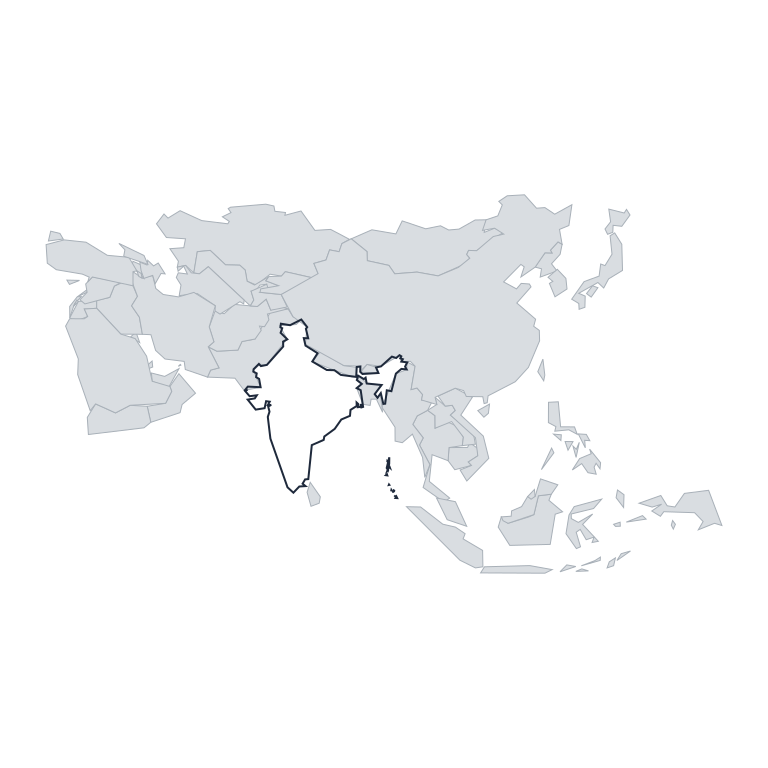 where India sits in Asia
{"feature_id": "IND", "entity_name": "India", "entity_type": "country or territory", "adm_level": 0, "iso_a3": "IND", "parent_name": "Asia", "parent_adm1": "", "projection": "albers", "projection_center": [83.514, 21.122], "detail": "medium", "context": "in_parent", "style": "outline", "palette": "slate", "viewbox_px": 768, "rotation_deg": 0, "n_neighbors": 45, "source": "natural_earth", "source_scale": "50m", "svg_char_len": 14266}
<svg xmlns="http://www.w3.org/2000/svg" viewBox="0 0 768 768"><path d="M349.4,239.3L341.9,243.6L339.1,251.7L329.6,249.9L326.0,260.0L313.9,263.4L318.1,273.6L315.0,278.4L285.3,271.7L281.4,276.1L270.1,274.2L256.4,285.1L247.1,281.2L245.2,270.1L239.8,265.2L225.5,264.8L210.2,250.4L197.3,251.7L193.8,273.0L185.6,265.4L177.3,267.1L178.4,261.2L169.9,248.7L183.8,247.7L185.5,238.8L166.4,237.5L156.5,223.8L164.0,214.0L168.0,218.1L180.1,210.7L201.7,220.6L227.8,223.8L229.3,221.4L222.4,216.8L231.0,212.6L228.2,208.6L230.6,207.2L265.8,204.2L273.9,206.0L274.9,211.3L285.5,212.5L284.9,215.3L301.0,211.0L314.9,230.4L330.6,229.4L349.4,239.3Z" fill="#d9dde1" stroke="#a8b0b8" stroke-width="1"/><path d="M193.8,273.0L197.3,251.7L210.2,250.4L225.5,264.8L239.8,265.2L245.2,270.1L247.1,281.2L254.5,285.0L268.8,276.6L265.8,280.8L278.6,285.7L271.9,289.5L266.0,288.6L266.7,284.2L259.9,285.1L255.3,291.8L251.1,291.2L253.8,300.1L250.3,305.9L208.3,266.7L199.4,273.8L193.8,273.0Z" fill="#d9dde1" stroke="#a8b0b8" stroke-width="1"/><path d="M708.6,490.3L721.9,525.5L714.5,523.3L698.3,529.8L703.1,521.5L694.6,512.7L663.8,511.7L660.4,516.3L651.8,511.0L661.6,504.2L652.2,507.1L639.1,503.2L660.8,495.5L667.2,505.8L674.9,507.0L684.4,493.4L708.6,490.3ZM615.4,557.9L613.6,565.7L607.1,567.9L609.3,561.8L615.4,557.9ZM673.3,529.1L671.3,525.2L672.6,520.5L675.4,524.3L673.3,529.1ZM551.3,494.2L548.9,500.3L562.6,511.8L555.2,514.2L550.2,544.4L509.8,545.4L498.2,527.1L501.3,516.9L508.0,523.3L528.9,516.9L533.9,514.6L538.4,495.8L551.3,494.2ZM626.3,522.1L642.5,515.6L646.1,519.1L626.3,522.1ZM620.3,526.2L615.5,526.4L613.6,524.3L620.1,522.2L620.3,526.2ZM617.5,490.0L624.0,494.7L623.6,507.5L616.1,497.7L617.5,490.0ZM574.2,506.6L601.7,499.1L593.6,508.5L571.2,514.0L571.3,518.6L578.3,522.4L592.7,514.0L582.6,524.4L598.3,541.3L592.1,542.5L594.1,537.1L586.2,539.7L580.2,529.4L576.2,532.2L580.5,546.8L576.4,548.6L566.0,533.7L569.0,515.0L574.2,506.6ZM588.5,570.9L575.8,571.4L581.8,568.9L588.5,570.9ZM581.3,565.8L594.9,560.6L600.4,557.1L600.2,560.4L581.3,565.8ZM566.8,564.9L575.8,566.5L560.0,571.8L566.8,564.9ZM484.5,566.8L529.8,565.6L552.2,569.6L544.9,573.2L480.6,572.9L484.5,566.8ZM463.1,538.9L482.6,550.4L482.9,566.8L475.4,567.9L459.9,560.2L406.5,506.7L420.6,507.0L442.8,524.2L455.4,527.1L465.1,533.7L463.1,538.9Z" fill="#d9dde1" stroke="#a8b0b8" stroke-width="1"/><path d="M616.9,560.5L621.2,553.7L630.5,551.0L616.9,560.5Z" fill="#d9dde1" stroke="#a8b0b8" stroke-width="1"/><path d="M81.4,296.6L74.5,303.7L69.8,317.8L69.7,306.4L77.4,296.6L81.4,296.6Z" fill="#d9dde1" stroke="#a8b0b8" stroke-width="1"/><path d="M87.1,292.3L77.6,296.6L87.0,289.7L87.1,292.3Z" fill="#d9dde1" stroke="#a8b0b8" stroke-width="1"/><path d="M78.4,301.4L73.3,306.7L76.8,300.0L78.4,301.4Z" fill="#d9dde1" stroke="#a8b0b8" stroke-width="1"/><path d="M78.4,301.4L96.7,300.4L96.7,308.3L84.3,309.0L87.7,316.5L75.3,321.5L69.8,317.8L78.4,301.4Z" fill="#d9dde1" stroke="#a8b0b8" stroke-width="1"/><path d="M151.4,373.0L164.7,376.4L179.0,368.6L168.5,387.6L152.2,381.3L151.4,373.0Z" fill="#d9dde1" stroke="#a8b0b8" stroke-width="1"/><path d="M147.7,369.0L148.3,364.4L152.1,361.0L152.7,367.0L147.7,369.0Z" fill="#d9dde1" stroke="#a8b0b8" stroke-width="1"/><path d="M135.9,331.9L139.7,342.6L130.6,337.0L135.9,331.9Z" fill="#d9dde1" stroke="#a8b0b8" stroke-width="1"/><path d="M96.7,308.3L96.7,300.4L109.8,297.3L114.3,286.1L123.4,282.0L133.0,285.8L137.5,296.3L131.6,305.8L139.4,317.2L142.4,334.3L120.8,334.1L96.7,308.3Z" fill="#d9dde1" stroke="#a8b0b8" stroke-width="1"/><path d="M169.9,386.5L178.9,373.7L195.5,393.2L182.1,404.5L180.1,412.6L150.8,422.3L147.2,406.3L165.6,403.3L171.7,391.4L169.9,386.5ZM180.9,365.1L178.3,366.3L180.3,364.4L180.9,365.1Z" fill="#d9dde1" stroke="#a8b0b8" stroke-width="1"/><path d="M448.1,460.7L449.0,447.6L467.6,447.4L469.7,442.7L477.4,448.2L477.8,455.8L468.3,462.0L471.5,465.4L454.8,469.7L448.1,460.7Z" fill="#d9dde1" stroke="#a8b0b8" stroke-width="1"/><path d="M462.3,445.6L449.0,447.6L448.1,460.7L432.1,454.7L429.3,481.4L449.7,498.1L443.8,502.0L423.1,487.5L429.9,464.6L419.5,445.0L423.2,437.9L412.8,424.4L417.2,415.9L427.6,410.3L435.0,415.7L435.1,428.2L447.1,421.7L456.7,426.1L463.4,437.1L462.3,445.6Z" fill="#d9dde1" stroke="#a8b0b8" stroke-width="1"/><path d="M475.4,444.2L462.3,445.6L463.4,437.1L451.6,421.6L435.1,428.2L435.0,415.7L427.6,410.3L436.8,404.5L435.1,397.3L445.2,406.1L452.3,405.3L455.3,410.5L450.4,415.1L473.4,433.5L475.4,444.2Z" fill="#d9dde1" stroke="#a8b0b8" stroke-width="1"/><path d="M427.6,410.3L417.2,415.9L412.8,424.4L423.2,437.9L419.5,445.0L429.9,464.6L424.8,477.4L422.6,457.5L412.4,434.1L402.3,442.7L395.1,441.1L395.0,427.2L381.9,407.2L395.9,373.7L406.7,369.6L407.2,362.1L415.1,366.2L411.1,389.6L417.0,388.0L422.6,394.6L421.5,400.0L432.6,400.6L427.6,410.3Z" fill="#d9dde1" stroke="#a8b0b8" stroke-width="1"/><path d="M460.1,470.0L471.5,465.4L468.3,462.0L477.8,455.8L475.5,437.8L450.4,415.1L455.3,410.5L452.3,405.3L445.2,406.1L438.0,396.1L455.2,388.2L472.3,397.3L460.8,415.1L483.3,436.1L488.8,458.3L466.8,481.0L460.1,470.0Z" fill="#d9dde1" stroke="#a8b0b8" stroke-width="1"/><path d="M562.1,244.3L560.1,254.3L551.5,263.8L557.0,270.9L540.2,277.1L541.5,268.8L535.2,267.1L538.2,262.3L545.0,252.8L552.0,253.0L550.4,250.2L558.0,241.9L562.1,244.3Z" fill="#d9dde1" stroke="#a8b0b8" stroke-width="1"/><path d="M548.0,277.3L557.3,269.3L565.9,278.4L567.0,289.0L555.0,296.8L549.4,283.4L552.8,281.4L548.0,277.3Z" fill="#d9dde1" stroke="#a8b0b8" stroke-width="1"/><path d="M351.2,238.8L371.9,229.8L395.9,233.9L402.2,220.9L425.7,228.8L440.5,225.8L448.7,230.0L459.0,229.1L475.1,220.0L486.1,219.8L484.2,232.4L494.6,228.2L503.9,232.0L476.6,250.7L468.6,250.4L466.7,254.5L469.8,258.2L463.8,264.4L438.1,275.9L417.0,272.1L394.7,273.8L388.9,265.4L367.3,260.7L367.0,251.6L351.2,238.8Z" fill="#d9dde1" stroke="#a8b0b8" stroke-width="1"/><path d="M380.3,393.5L382.6,412.3L376.4,399.2L371.1,399.2L370.1,405.4L362.9,404.3L357.0,388.9L361.7,384.0L357.5,380.8L359.3,376.4L367.2,383.6L381.1,384.8L374.7,394.6L378.0,397.7L380.3,393.5Z" fill="#d9dde1" stroke="#a8b0b8" stroke-width="1"/><path d="M376.4,367.3L378.6,373.1L360.7,372.2L367.0,364.4L376.4,367.3Z" fill="#d9dde1" stroke="#a8b0b8" stroke-width="1"/><path d="M356.6,367.4L356.5,376.7L351.9,376.9L312.4,361.8L320.4,351.6L343.9,365.6L356.6,367.4Z" fill="#d9dde1" stroke="#a8b0b8" stroke-width="1"/><path d="M301.5,319.5L296.2,324.5L279.7,325.7L287.0,338.9L266.4,365.2L260.1,364.2L253.4,370.3L260.6,387.4L244.0,390.3L235.0,378.2L207.5,377.1L210.6,370.1L219.0,367.9L208.2,346.8L216.9,351.2L237.9,350.1L242.0,341.5L255.1,339.0L270.7,311.6L288.0,308.8L293.0,316.7L301.5,319.5Z" fill="#d9dde1" stroke="#a8b0b8" stroke-width="1"/><path d="M234.4,304.4L257.3,306.5L266.2,299.1L270.8,310.2L278.4,306.0L288.0,308.8L267.4,314.0L268.9,319.8L264.5,326.7L259.5,326.1L261.2,330.4L255.1,339.0L242.0,341.5L237.9,350.1L216.9,351.2L208.2,346.8L213.9,341.8L209.2,326.9L215.1,311.0L224.1,313.7L234.4,304.4Z" fill="#d9dde1" stroke="#a8b0b8" stroke-width="1"/><path d="M250.3,305.9L253.8,300.1L251.1,291.2L266.7,284.2L268.1,288.6L260.0,292.3L281.2,294.5L287.2,307.0L270.8,310.2L266.2,299.1L257.3,306.5L250.3,305.9Z" fill="#d9dde1" stroke="#a8b0b8" stroke-width="1"/><path d="M268.8,276.6L281.4,276.1L285.3,271.7L315.0,278.4L281.2,294.5L260.0,292.3L260.7,288.9L278.6,285.7L265.8,280.8L268.8,276.6Z" fill="#d9dde1" stroke="#a8b0b8" stroke-width="1"/><path d="M177.3,267.1L185.6,265.4L191.3,272.8L199.4,273.8L208.3,266.7L244.2,300.2L243.7,303.9L239.9,301.7L220.0,314.1L215.1,311.0L215.3,305.8L197.4,293.6L179.2,295.6L181.0,285.0L176.3,277.5L178.3,272.8L187.4,274.0L183.7,266.2L178.1,271.2L177.3,267.1Z" fill="#d9dde1" stroke="#a8b0b8" stroke-width="1"/><path d="M142.4,334.3L139.4,317.2L131.6,305.8L137.5,296.3L131.5,280.4L133.0,271.7L142.1,278.1L152.7,275.4L155.8,288.5L163.2,294.5L178.5,296.9L193.9,292.4L215.3,305.8L209.2,326.9L213.9,341.8L208.2,346.8L219.0,367.9L210.6,370.1L207.5,377.1L185.3,369.5L184.2,361.4L165.0,359.0L155.6,350.4L150.9,334.7L142.4,334.3Z" fill="#d9dde1" stroke="#a8b0b8" stroke-width="1"/><path d="M79.9,299.8L87.1,292.3L85.7,284.0L92.4,277.0L121.0,282.4L114.3,286.1L109.8,297.3L84.9,303.9L79.9,299.8Z" fill="#d9dde1" stroke="#a8b0b8" stroke-width="1"/><path d="M143.9,278.4L132.0,266.3L132.9,261.3L142.1,265.3L143.9,278.4Z" fill="#d9dde1" stroke="#a8b0b8" stroke-width="1"/><path d="M133.0,285.8L92.4,277.0L87.7,282.0L89.2,277.1L82.3,274.1L56.3,269.7L47.3,263.2L46.1,244.6L64.2,239.9L86.0,242.2L107.3,255.3L128.9,257.3L136.8,270.8L133.0,271.7L133.0,285.8ZM50.7,231.2L59.9,233.4L63.2,239.0L48.4,241.0L50.7,231.2Z" fill="#d9dde1" stroke="#a8b0b8" stroke-width="1"/><path d="M320.3,496.8L319.2,503.2L311.0,506.3L307.1,492.3L310.2,482.3L320.3,496.8Z" fill="#d9dde1" stroke="#a8b0b8" stroke-width="1"/><path d="M483.9,417.2L477.8,410.6L489.5,404.1L488.4,413.3L483.9,417.2ZM281.2,294.5L318.1,273.6L313.9,263.4L326.0,260.0L329.6,249.9L339.1,251.7L341.9,243.6L351.2,238.8L367.0,251.6L367.3,260.7L388.9,265.4L394.7,273.8L417.0,272.1L438.1,275.9L458.4,267.4L469.8,258.2L466.7,254.5L468.6,250.4L476.6,250.7L493.3,236.5L503.8,234.1L494.6,228.2L482.5,230.4L486.1,219.8L497.8,215.9L502.3,204.9L498.8,201.4L507.2,195.8L524.5,194.8L536.5,208.2L544.9,207.6L554.7,214.2L571.9,204.7L568.9,225.5L559.5,229.4L562.1,244.3L558.0,241.9L550.4,250.2L552.0,253.0L545.0,252.8L535.2,267.1L520.9,277.0L524.2,266.8L520.9,264.4L503.6,281.9L516.5,288.9L521.2,283.4L529.4,284.0L531.0,286.9L516.8,303.0L535.6,319.2L533.7,326.3L539.3,330.4L539.6,340.8L528.4,367.4L515.3,381.7L488.1,395.8L487.2,402.7L484.1,403.6L482.8,396.7L466.3,396.5L463.6,390.6L455.2,388.2L435.1,397.3L436.8,404.5L421.5,400.0L422.6,394.6L417.0,388.0L411.1,389.6L415.1,366.2L410.3,361.3L401.2,361.6L399.9,355.1L380.8,366.3L367.0,364.4L360.6,371.0L359.9,366.0L343.9,365.6L305.5,344.4L306.9,326.9L293.0,316.7L281.2,294.5Z" fill="#d9dde1" stroke="#a8b0b8" stroke-width="1"/><path d="M542.9,359.1L544.8,375.1L543.7,380.8L537.8,371.7L542.9,359.1Z" fill="#d9dde1" stroke="#a8b0b8" stroke-width="1"/><path d="M147.7,260.3L153.6,265.9L158.2,263.0L165.1,273.9L161.0,273.5L155.2,283.7L152.7,275.4L143.9,278.4L141.1,270.7L139.8,262.1L147.0,265.0L147.7,260.3ZM142.1,278.1L138.9,276.5L136.8,270.8L141.1,273.4L142.1,278.1Z" fill="#d9dde1" stroke="#a8b0b8" stroke-width="1"/><path d="M118.9,243.4L144.0,255.5L147.9,264.4L123.7,256.2L124.9,249.8L118.9,243.4Z" fill="#d9dde1" stroke="#a8b0b8" stroke-width="1"/><path d="M560.9,440.5L553.5,434.1L561.3,434.8L560.9,440.5ZM576.1,457.4L573.0,446.1L576.3,449.3L579.3,442.3L576.1,457.4ZM589.6,449.1L600.6,462.7L600.0,468.8L596.1,463.3L594.1,467.1L596.2,474.2L588.0,472.7L581.7,463.6L572.3,470.0L579.6,458.6L591.2,453.7L589.6,449.1ZM553.9,452.8L541.4,469.6L551.6,448.1L553.9,452.8ZM558.3,401.8L560.6,426.8L574.5,426.9L577.2,434.3L568.8,429.8L554.8,431.2L555.9,426.6L548.4,422.6L548.5,402.3L558.3,401.8ZM568.0,450.2L565.1,441.5L573.0,441.6L568.0,450.2ZM586.3,434.4L589.8,440.7L584.7,440.3L585.3,447.8L578.3,433.9L586.3,434.4Z" fill="#d9dde1" stroke="#a8b0b8" stroke-width="1"/><path d="M436.5,498.0L455.4,501.7L466.7,526.3L447.2,519.7L436.5,498.0ZM551.3,494.2L538.4,495.8L533.9,514.6L508.0,523.3L503.0,520.7L501.3,516.9L511.2,516.2L511.6,510.9L521.6,506.6L527.6,496.6L535.1,496.4L540.5,478.9L557.8,484.8L551.3,494.2Z" fill="#d9dde1" stroke="#a8b0b8" stroke-width="1"/><path d="M534.4,489.5L535.1,496.4L531.1,499.2L527.6,496.6L534.4,489.5Z" fill="#d9dde1" stroke="#a8b0b8" stroke-width="1"/><path d="M621.8,244.3L622.5,270.4L608.6,278.9L603.7,288.0L597.9,282.5L578.7,293.3L585.2,296.1L584.9,307.3L579.1,309.3L578.8,303.5L571.7,299.2L584.1,281.6L599.1,276.1L600.7,264.0L605.0,265.6L612.0,254.2L610.1,235.8L614.7,232.9L621.8,244.3ZM624.2,213.0L626.5,209.4L630.0,215.0L621.8,226.3L613.1,225.3L612.8,232.3L607.6,234.3L605.0,229.0L610.6,221.8L608.8,209.1L624.2,213.0ZM586.5,293.6L592.5,285.8L597.9,287.7L591.2,297.1L586.5,293.6Z" fill="#d9dde1" stroke="#a8b0b8" stroke-width="1"/><path d="M147.2,406.3L150.8,422.3L144.0,427.8L88.4,434.5L87.3,417.4L95.6,403.9L115.5,412.9L130.1,405.3L147.2,406.3Z" fill="#d9dde1" stroke="#a8b0b8" stroke-width="1"/><path d="M69.7,318.7L84.2,318.8L87.7,316.5L84.3,309.0L96.7,308.3L120.8,334.1L135.2,338.6L146.6,356.2L152.2,381.3L169.9,386.5L171.7,391.4L165.6,403.3L130.1,405.3L115.5,412.9L95.6,403.9L90.2,410.7L77.7,374.6L78.3,358.9L65.6,326.1L69.7,318.7Z" fill="#d9dde1" stroke="#a8b0b8" stroke-width="1"/><path d="M79.5,280.4L69.5,284.4L66.9,280.1L79.5,280.4Z" fill="#d9dde1" stroke="#a8b0b8" stroke-width="1"/><path d="M244.3,390.9L247.8,386.6L260.6,387.2L259.1,378.9L256.1,377.1L256.7,373.4L253.3,371.6L253.6,369.2L258.9,363.9L260.9,366.1L266.9,364.9L283.2,346.5L283.1,341.6L287.3,339.3L280.6,332.8L282.2,328.2L280.4,327.3L280.9,323.7L290.1,325.2L301.3,319.5L307.2,327.1L305.9,328.8L308.2,338.3L303.8,338.1L305.5,345.6L317.6,353.2L312.3,361.5L326.8,370.0L334.4,370.2L340.8,374.9L356.2,376.9L356.7,367.0L360.4,366.5L360.2,371.8L362.5,374.0L378.4,373.0L376.0,367.4L381.0,366.4L391.9,356.6L396.2,358.0L399.5,355.2L401.3,356.3L400.3,358.4L402.8,359.2L401.4,361.6L407.2,362.4L405.1,366.6L406.6,369.4L401.4,368.9L395.9,373.6L391.4,391.2L386.8,390.3L385.2,403.7L383.3,403.9L380.8,393.1L377.5,397.8L374.7,394.1L381.6,385.0L366.7,383.5L365.6,377.7L363.9,379.1L358.2,375.7L356.8,380.0L361.8,383.9L356.7,388.1L360.7,390.2L363.1,406.9L361.4,407.4L360.7,404.0L360.4,406.9L357.8,407.2L358.1,403.9L356.6,402.5L356.7,406.0L350.5,409.9L350.0,415.8L341.3,419.5L334.7,428.9L324.3,436.5L323.7,439.9L311.8,445.1L308.3,479.1L305.1,479.4L302.6,483.7L305.5,486.1L299.3,486.5L293.4,492.7L287.5,487.3L270.4,438.6L267.8,416.9L269.5,411.7L268.2,406.5L271.2,404.9L267.9,405.0L269.7,401.7L266.1,401.2L264.6,408.2L255.7,409.6L247.7,399.6L254.8,398.4L256.8,395.3L249.6,396.2L245.3,391.2L247.5,389.6L244.3,390.9ZM388.0,470.1L386.7,468.0L389.3,457.3L389.2,463.7L388.0,470.1ZM397.2,498.1L395.5,498.0L396.4,496.5L397.2,498.1ZM387.3,475.4L385.9,475.2L386.9,474.2L387.3,475.4ZM393.3,491.9L393.3,492.7L393.1,491.9L393.3,491.9ZM394.2,490.6L394.0,491.8L394.0,490.5L394.2,490.6ZM395.6,495.5L395.3,496.4L395.0,496.1L395.6,495.5ZM389.3,484.9L388.8,485.0L389.0,484.5L389.3,484.9ZM387.8,470.6L387.2,471.1L387.5,470.3L387.8,470.6ZM389.6,466.9L389.9,467.7L389.2,467.1L389.6,466.9ZM391.8,490.5L391.3,490.4L391.4,489.9L391.8,490.5ZM387.5,461.2L387.3,462.2L387.4,461.1L387.5,461.2Z" fill="none" stroke="#1e293b" stroke-width="2"/></svg>